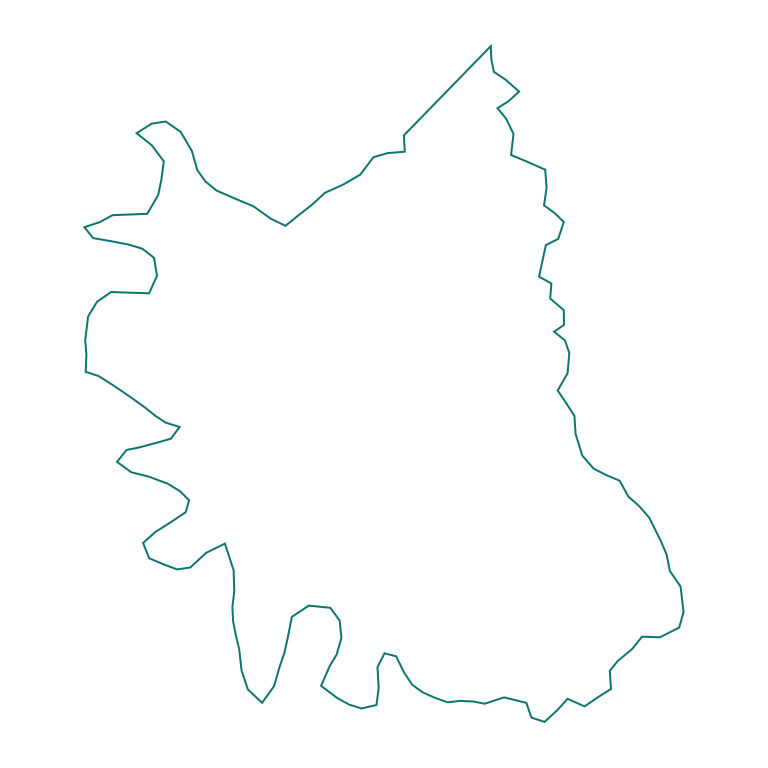 outline of Palmitinho, Rio Grande do Sul, Brazil
{"feature_id": "56859067B63101725720480", "entity_name": "Palmitinho", "entity_type": "district", "adm_level": 2, "iso_a3": "BRA", "parent_name": "Brazil", "parent_adm1": "Rio Grande do Sul", "projection": "albers", "projection_center": [-53.596, -27.32], "detail": "fine", "context": "isolated", "style": "outline", "palette": "teal", "viewbox_px": 768, "rotation_deg": 0, "n_neighbors": 0, "source": "geoboundaries", "source_scale": "gbopen_adm2", "svg_char_len": 2130}
<svg xmlns="http://www.w3.org/2000/svg" viewBox="0 0 768 768"><path d="M531.4,717.6L544.5,721.9L557.6,709.9L567.5,698.8L584.6,706.4L598.9,696.6L611.0,689.0L609.8,670.8L617.5,661.2L632.1,649.0L642.0,636.7L659.9,637.3L679.2,627.5L683.6,612.0L680.5,586.4L669.8,570.9L666.7,554.8L661.1,541.5L649.3,517.8L638.9,505.8L628.5,496.8L619.6,480.7L606.8,475.3L593.7,468.7L582.3,455.6L575.6,433.9L574.4,415.9L566.2,403.1L557.7,390.5L567.6,373.1L569.3,353.0L565.0,340.5L554.1,331.7L564.0,324.9L563.8,310.2L550.2,298.5L551.4,283.5L539.1,276.7L542.3,261.5L545.9,245.1L558.2,238.9L563.8,222.0L554.6,213.0L544.0,205.4L546.6,188.0L545.2,169.7L528.0,162.1L511.1,155.0L513.5,134.0L506.2,118.8L497.5,108.2L508.2,101.4L519.1,91.6L505.5,79.6L493.9,71.9L491.3,59.2L490.8,46.1L403.9,135.4L404.8,151.7L387.6,153.1L373.4,157.2L360.3,174.6L343.6,184.4L325.0,192.8L311.9,204.8L297.6,216.0L285.5,225.8L270.8,218.7L253.3,206.2L236.1,199.1L216.8,190.7L205.6,181.7L197.4,170.3L191.8,150.9L180.7,131.9L165.7,121.5L151.6,123.7L136.6,133.2L151.7,145.2L163.8,161.3L161.4,179.5L158.2,195.0L147.3,213.8L112.5,215.2L100.1,222.0L84.4,227.2L93.1,238.1L110.6,241.1L128.7,244.6L142.3,248.7L154.1,257.9L157.0,275.9L149.1,293.3L133.1,292.8L111.1,292.0L97.0,301.8L88.1,316.5L85.2,340.5L86.4,354.4L85.7,371.8L98.3,375.9L108.7,382.4L122.2,391.4L134.3,399.8L144.8,407.4L155.4,415.9L165.8,422.7L179.6,427.0L170.9,438.7L158.3,442.3L138.0,447.7L126.6,449.9L117.0,461.9L131.2,472.2L148.6,476.6L167.8,483.7L180.1,491.3L189.1,500.3L185.7,512.2L170.2,522.6L155.4,531.9L143.1,543.0L149.2,558.3L165.4,565.1L177.2,569.4L190.3,567.5L206.2,552.8L224.9,543.6L233.6,570.2L234.3,590.9L232.4,607.3L233.1,621.2L235.5,633.7L239.2,649.2L241.6,670.7L247.9,689.5L262.1,702.8L274.0,686.2L279.5,667.2L284.4,652.7L287.7,638.0L291.9,616.8L308.8,605.6L330.3,607.8L339.7,620.6L341.4,638.0L336.6,654.6L329.8,665.8L321.1,685.9L337.1,697.9L348.9,704.5L361.5,708.5L376.5,705.0L378.7,687.6L377.5,667.2L384.5,653.3L396.1,656.3L404.3,672.9L412.3,684.9L422.9,692.5L435.2,697.9L447.6,702.3L460.1,700.9L473.2,701.5L484.8,703.7L504.1,697.4L526.4,702.9L531.4,717.6Z" fill="none" stroke="#0f766e" stroke-width="2"/></svg>